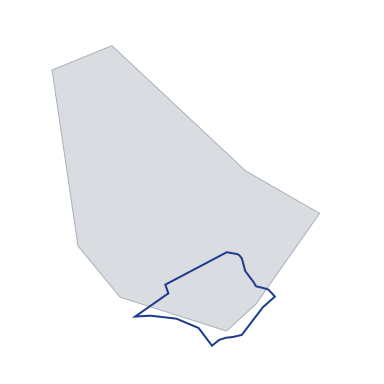 Christ Church highlighted on a map of Barbados, rotated 353°
{"feature_id": "BRB-1989", "entity_name": "Christ Church", "entity_type": "Parish", "adm_level": 1, "iso_a3": "BRB", "parent_name": "Barbados", "parent_adm1": "", "projection": "albers", "projection_center": [-59.519, 13.09], "detail": "fine", "context": "in_parent", "style": "outline", "palette": "blue", "viewbox_px": 384, "rotation_deg": 353, "n_neighbors": 0, "source": "natural_earth", "source_scale": "10m", "svg_char_len": 680}
<svg xmlns="http://www.w3.org/2000/svg" viewBox="0 0 384 384"><g transform="rotate(353 192 192)"><path d="M241.6,311.2L209.3,334.2L107.9,287.7L72.3,231.7L68.0,53.9L130.3,37.0L247.8,177.6L316.0,228.8L241.6,311.2Z" fill="#d9dde1" stroke="#a8b0b8" stroke-width="1"/><path d="M261.5,305.9L248.2,315.1L224.0,339.9L215.1,340.9L207.9,340.8L200.9,342.1L193.1,347.0L182.0,327.8L161.0,315.8L135.6,309.7L120.4,308.7L155.6,290.0L156.1,289.9L155.9,288.4L154.2,280.7L219.2,256.0L229.8,259.3L231.5,261.0L233.4,264.1L235.2,276.8L235.6,277.7L242.2,289.1L243.6,292.3L243.6,292.8L244.7,293.7L246.6,294.3L253.1,296.8L256.0,298.2L261.5,305.9Z" fill="none" stroke="#1e3a8a" stroke-width="2"/></g></svg>